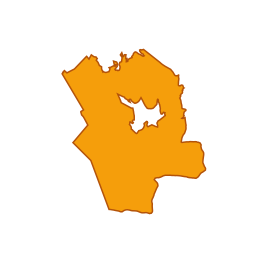 the district of Kafr Al-Dawwar, Al Buhayrah, Egypt, rotated 312°
{"feature_id": "37247803B13171530844779", "entity_name": "Kafr Al-Dawwar", "entity_type": "district", "adm_level": 2, "iso_a3": "EGY", "parent_name": "Egypt", "parent_adm1": "Al Buhayrah", "projection": "mercator", "projection_center": [30.133, 31.129], "detail": "fine", "context": "isolated", "style": "filled", "palette": "amber", "viewbox_px": 256, "rotation_deg": 312, "n_neighbors": 0, "source": "geoboundaries", "source_scale": "gbopen_adm2", "svg_char_len": 5924}
<svg xmlns="http://www.w3.org/2000/svg" viewBox="0 0 256 256"><g transform="rotate(312 128 128)"><path d="M165.1,191.6L165.0,191.3L164.8,190.9L164.6,190.0L164.0,189.3L163.6,188.2L163.0,187.3L161.7,186.0L159.4,183.2L158.2,182.3L156.9,180.8L153.3,177.7L153.2,176.9L156.7,174.7L157.5,174.4L158.7,174.0L159.6,173.7L160.9,173.6L162.0,173.5L162.8,173.2L166.0,171.8L166.7,171.2L168.1,169.8L168.8,169.4L169.3,168.8L170.1,167.7L170.4,167.4L173.0,164.3L173.8,163.5L173.3,163.3L171.6,162.1L171.3,161.6L172.3,161.7L173.5,161.9L174.7,161.5L174.7,161.2L174.6,160.9L174.8,160.7L175.9,160.0L176.3,159.6L177.3,159.1L179.0,159.1L179.5,159.3L179.9,159.2L180.3,158.8L180.3,158.3L179.8,157.2L179.2,156.3L178.7,155.2L178.8,154.9L180.5,153.1L180.9,152.7L182.2,150.7L183.5,149.2L184.2,148.1L184.8,146.5L185.2,146.6L185.6,146.2L187.1,145.8L187.2,145.0L188.0,145.0L188.6,144.7L190.1,145.0L190.9,144.7L191.0,144.4L191.5,144.1L192.1,143.3L192.7,143.5L193.3,142.6L194.1,142.9L194.8,142.7L195.2,142.8L195.1,142.4L195.5,141.6L196.1,140.6L196.3,140.1L196.0,139.4L195.5,138.8L194.3,138.6L193.5,137.6L193.6,136.7L196.6,134.2L198.6,132.9L199.6,131.5L200.3,130.9L201.1,130.4L201.2,130.2L200.4,129.9L199.8,129.5L199.2,129.1L198.7,128.4L198.5,127.5L199.6,123.9L200.1,120.4L198.7,114.3L198.2,111.0L198.1,109.3L198.1,107.6L196.8,87.5L196.8,87.0L195.4,86.1L195.1,85.9L194.8,85.1L194.6,84.9L194.1,84.6L193.7,84.5L192.9,85.5L192.9,86.3L192.6,86.8L192.6,88.9L192.9,89.4L193.0,89.9L192.5,90.8L192.5,91.7L191.8,91.5L191.2,90.8L191.1,90.0L191.0,89.6L190.9,88.8L190.9,88.3L190.2,86.7L190.2,85.9L190.0,85.5L190.0,83.8L189.9,83.6L189.8,83.3L189.4,82.5L189.2,82.4L188.4,82.2L186.8,82.3L185.8,82.9L184.7,82.9L183.6,83.0L183.0,83.9L182.2,83.4L180.2,82.5L177.8,82.6L177.3,83.2L176.1,82.4L176.9,81.7L177.3,81.5L177.5,81.5L177.9,81.3L178.1,81.3L178.9,80.8L178.0,80.1L178.2,79.7L178.7,79.4L178.9,79.2L179.1,79.1L179.5,78.5L180.3,78.0L180.5,77.7L181.0,77.6L180.6,76.8L180.3,76.5L179.9,76.3L179.7,76.3L178.3,76.8L178.0,76.8L177.9,76.7L177.9,75.7L178.0,75.4L178.2,75.1L178.4,75.1L178.6,74.9L178.7,74.7L178.9,74.6L179.8,73.0L177.2,73.4L176.6,76.1L176.1,76.7L173.0,78.8L171.3,78.0L169.1,79.0L168.9,79.2L168.7,79.7L168.7,80.1L168.6,80.6L167.6,81.7L167.3,81.8L166.7,82.2L166.1,82.5L165.5,82.7L165.0,82.8L164.8,82.6L164.5,82.4L164.2,82.3L163.9,82.1L163.8,81.9L163.7,81.5L163.7,81.1L162.6,80.0L162.9,79.0L166.4,78.8L166.7,78.7L166.8,78.6L166.9,78.4L167.5,77.8L168.2,77.5L169.0,76.7L169.0,76.4L169.4,75.4L168.0,72.5L165.9,75.4L166.8,76.6L165.4,77.1L164.4,75.6L161.1,74.3L160.6,73.7L160.2,73.5L159.9,75.0L158.8,75.6L158.5,75.6L157.2,76.2L154.4,74.4L153.4,72.4L153.4,71.6L153.2,71.8L152.9,71.8L153.5,70.6L153.6,70.0L154.2,69.0L154.5,68.6L155.8,67.4L155.3,64.9L156.7,61.8L157.1,59.1L159.1,58.6L159.1,57.5L159.4,56.8L158.2,55.1L157.8,51.8L153.1,52.9L153.6,49.3L152.6,49.2L136.0,48.7L128.1,45.7L128.1,42.3L125.9,42.3L126.0,42.9L124.2,42.8L111.7,82.8L111.1,82.7L108.9,82.0L108.7,82.0L108.4,82.1L108.2,82.4L106.7,84.8L106.7,85.0L106.5,87.1L105.9,89.1L103.3,96.2L80.3,96.9L79.0,122.1L54.8,168.4L55.6,169.4L56.5,170.8L57.5,172.3L58.3,173.8L60.1,176.7L60.7,178.4L61.8,179.7L63.9,180.2L65.6,181.1L66.8,182.2L68.0,184.0L68.8,185.7L69.6,186.8L71.1,188.6L72.4,190.4L73.8,194.1L74.3,195.1L75.0,195.9L75.9,196.8L77.0,197.8L77.7,198.7L79.0,201.5L79.5,201.6L80.2,202.3L81.4,202.3L81.9,202.2L82.2,202.1L82.7,201.7L83.1,201.4L84.5,199.9L85.5,198.9L86.3,198.1L87.9,196.8L88.9,195.3L89.7,194.4L91.3,193.6L93.1,193.1L95.3,192.3L96.4,191.6L97.8,191.2L101.8,189.8L103.1,189.4L104.7,189.1L105.2,188.8L106.3,187.5L106.5,187.1L106.7,186.6L106.8,185.9L106.9,185.2L107.1,182.1L107.9,182.0L108.7,181.7L109.8,182.3L110.9,183.2L111.7,184.2L112.6,184.6L113.1,185.0L115.2,185.9L116.1,186.2L117.9,187.4L120.2,190.0L121.1,190.9L122.0,192.2L123.3,193.7L124.4,195.1L125.0,195.7L126.0,196.9L127.4,198.8L129.7,202.5L130.4,203.4L130.7,203.9L131.1,204.4L131.3,205.3L132.1,206.7L133.5,208.5L134.2,209.6L134.6,209.9L134.8,210.3L135.1,210.7L135.8,211.7L136.2,212.2L138.3,212.8L140.3,212.7L141.4,212.5L142.9,212.4L143.9,212.5L145.2,213.0L148.5,213.7L149.8,212.7L150.2,211.8L150.5,210.6L151.0,209.6L152.3,206.9L153.0,206.2L154.7,204.9L158.7,202.2L160.1,200.9L160.8,199.3L161.0,198.2L161.4,196.9L162.9,194.7L164.4,193.6L165.1,191.6ZM147.8,102.9L148.5,104.8L148.1,105.9L148.0,106.1L148.5,108.3L148.5,109.3L148.3,110.1L148.1,110.5L148.6,112.3L149.7,109.9L150.7,110.2L151.1,110.9L150.6,112.1L150.5,112.9L150.6,113.8L150.6,114.7L150.8,116.2L151.5,117.0L152.6,117.6L154.7,118.1L156.2,118.0L158.8,117.5L159.2,117.4L158.2,120.4L156.9,123.6L156.1,125.9L155.5,129.0L155.9,130.0L157.8,132.3L159.3,133.4L161.3,133.6L162.5,133.5L164.1,133.6L165.0,133.5L168.7,130.9L169.3,130.9L169.3,131.3L169.2,131.7L168.3,132.5L167.8,133.1L167.4,134.3L166.7,135.3L166.5,135.9L166.0,136.6L164.1,139.0L162.6,140.1L161.7,141.2L160.9,142.5L160.6,143.4L161.0,143.7L161.4,144.1L162.4,144.0L163.3,143.8L164.1,145.2L163.1,145.7L162.3,147.2L162.1,147.4L161.2,147.0L160.2,147.1L157.2,146.5L156.1,146.4L154.3,145.9L153.6,145.6L151.0,146.2L149.8,148.3L148.5,149.3L147.6,147.4L147.2,146.5L147.1,145.6L146.5,144.4L146.4,143.6L145.3,143.2L143.7,142.5L142.3,142.0L142.3,141.0L142.7,140.2L143.2,139.8L145.2,138.9L145.6,138.0L145.2,137.3L143.5,137.2L142.2,136.9L141.7,137.2L141.3,138.1L140.7,138.6L139.5,139.1L137.9,139.5L137.5,139.5L136.7,139.5L136.1,139.4L135.4,139.0L134.9,138.9L133.2,137.8L132.6,138.0L131.6,138.0L130.9,138.1L130.5,138.3L129.6,138.0L129.4,137.5L129.3,136.4L129.4,135.3L129.4,133.5L129.4,133.3L129.6,132.5L129.5,132.0L129.3,131.5L129.3,131.3L130.4,130.3L131.0,129.4L131.0,129.2L131.3,128.6L131.5,127.6L131.6,126.7L132.3,126.6L132.8,126.0L133.8,125.4L134.2,126.0L134.2,127.6L134.3,128.2L135.2,128.5L135.6,128.3L135.5,127.9L135.9,127.0L136.4,126.4L136.7,126.4L137.6,126.6L138.2,127.2L141.2,124.5L142.7,122.5L144.0,121.0L146.0,118.3L145.0,117.1L142.3,106.1L142.9,104.7L143.1,104.7L146.3,97.7L147.8,102.9Z" fill="#f59e0b" stroke="#b45309" stroke-width="1.5"/></g></svg>